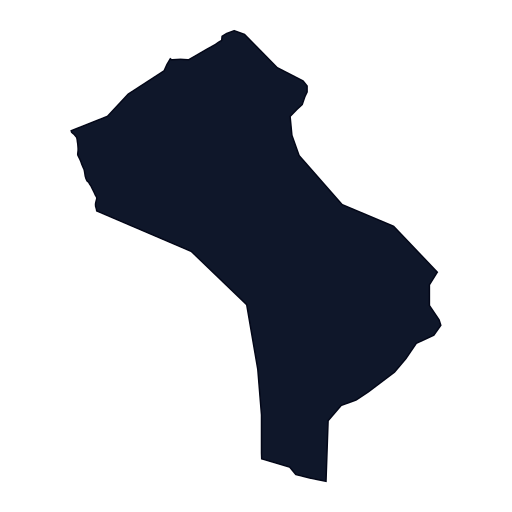 Goodlands, Castries, Saint Lucia
{"feature_id": "8701671B71229429215357", "entity_name": "Goodlands", "entity_type": "district", "adm_level": 2, "iso_a3": "LCA", "parent_name": "Saint Lucia", "parent_adm1": "Castries", "projection": "albers", "projection_center": [-61.0, 13.991], "detail": "fine", "context": "isolated", "style": "filled", "palette": "ink", "viewbox_px": 512, "rotation_deg": 0, "n_neighbors": 0, "source": "geoboundaries", "source_scale": "gbopen_adm2", "svg_char_len": 1265}
<svg xmlns="http://www.w3.org/2000/svg" viewBox="0 0 512 512"><path d="M326.0,481.3L328.1,420.7L341.2,405.4L356.1,400.0L368.3,391.9L394.5,372.1L405.9,358.6L416.3,343.3L433.8,335.2L440.8,325.3L439.1,319.9L429.4,305.5L429.4,284.8L436.8,272.9L437.3,272.2L393.6,226.3L342.1,204.6L299.1,155.6L291.9,135.3L290.1,116.4L296.8,109.5L302.2,104.5L304.9,96.6L307.1,92.0L307.1,86.0L303.1,81.0L277.1,67.6L244.5,34.4L234.2,30.7L226.6,33.5L222.1,36.3L221.7,40.4L218.6,42.2L215.4,44.5L206.9,49.2L188.6,59.8L180.5,59.3L171.6,59.8L170.3,58.8L167.0,64.4L164.1,70.8L128.2,94.1L107.5,116.3L71.2,130.7L71.6,132.2L72.8,133.3L74.2,134.4L75.8,136.4L76.7,137.4L77.2,139.9L77.4,141.7L77.7,143.5L77.9,145.5L78.1,148.4L78.1,150.4L77.9,152.3L77.7,154.2L77.9,155.3L78.8,157.1L79.9,159.3L80.8,161.4L81.8,164.3L83.2,167.6L84.1,169.5L84.5,171.5L84.9,173.9L85.2,176.0L85.9,178.4L86.6,180.0L87.2,181.1L88.0,181.7L88.7,182.3L89.6,184.0L91.0,186.0L91.8,187.7L92.9,189.9L94.1,192.3L95.0,194.3L95.3,195.0L96.1,196.3L96.7,197.4L96.8,198.3L96.5,199.6L95.9,201.9L95.6,203.3L95.5,204.4L95.6,206.3L96.0,207.6L96.5,209.5L96.7,210.9L191.3,251.4L246.7,304.7L257.8,369.4L261.5,415.0L261.5,453.1L261.7,458.8L289.7,467.1L295.8,474.5L310.5,478.2L326.0,481.3Z" fill="#0f172a" stroke="#020617" stroke-width="1.5"/></svg>